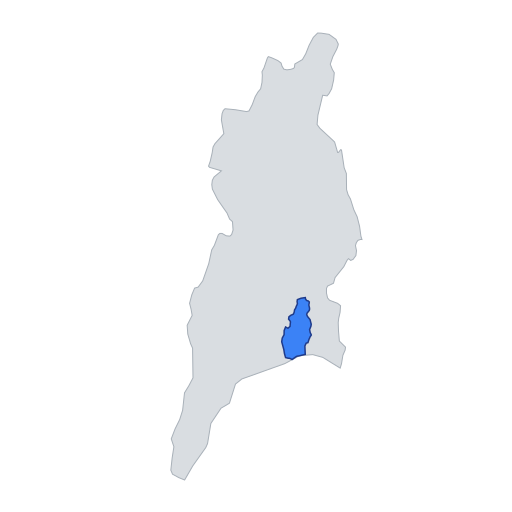 location of Guria within Georgia, rotated 264°
{"feature_id": "GEO-3028", "entity_name": "Guria", "entity_type": "Region", "adm_level": 1, "iso_a3": "GEO", "parent_name": "Georgia", "parent_adm1": "", "projection": "orthographic", "projection_center": [42.215, 41.976], "detail": "fine", "context": "in_parent", "style": "filled", "palette": "blue", "viewbox_px": 512, "rotation_deg": 264, "n_neighbors": 0, "source": "natural_earth", "source_scale": "10m", "svg_char_len": 2981}
<svg xmlns="http://www.w3.org/2000/svg" viewBox="0 0 512 512"><g transform="rotate(264 256 256)"><path d="M261.3,363.1L261.5,361.5L260.9,359.0L258.8,357.2L256.0,356.0L250.8,356.5L246.0,355.4L242.5,352.2L241.7,349.7L243.7,347.7L242.2,346.1L236.2,342.2L226.3,332.4L220.8,330.2L218.6,324.0L216.4,322.7L211.7,322.2L206.8,322.8L205.8,323.5L204.3,324.5L200.4,332.2L197.7,334.9L191.1,333.7L185.6,331.8L181.2,330.8L172.5,330.2L162.7,330.0L156.0,335.5L153.1,334.8L148.1,332.0L140.0,329.8L135.7,328.0L148.2,311.8L152.0,302.1L152.1,296.3L152.3,288.9L146.0,273.5L140.7,251.8L135.2,229.1L130.8,222.2L112.4,214.2L108.3,205.3L94.2,193.6L74.5,188.2L70.7,186.0L53.9,171.2L40.7,161.6L43.7,156.0L47.7,150.2L51.9,148.9L63.9,151.5L74.9,154.4L83.0,152.6L92.6,157.5L101.3,163.0L110.2,166.9L127.4,170.6L133.9,175.6L141.4,180.6L171.0,183.3L173.4,182.5L175.6,181.8L185.5,180.0L194.3,180.3L203.6,186.3L209.6,185.9L215.9,185.0L224.1,188.1L230.5,191.6L231.1,195.2L236.8,200.4L253.3,208.2L266.7,212.6L270.9,215.7L281.1,220.8L282.2,222.4L282.0,224.6L279.2,228.5L278.5,232.1L279.9,234.0L284.2,235.9L292.6,236.2L295.5,233.6L301.7,231.7L307.8,228.3L316.0,223.8L327.1,219.6L331.6,219.5L335.9,220.5L339.0,222.6L344.3,230.5L349.0,219.1L350.3,218.2L355.0,220.4L363.2,223.2L368.9,224.7L372.0,226.9L381.0,236.8L395.0,235.8L401.0,237.1L404.2,238.7L405.7,240.6L403.6,250.9L400.6,261.7L401.0,264.2L406.8,268.0L414.6,271.9L418.9,275.1L421.8,278.1L428.0,280.1L435.2,281.2L438.6,281.2L442.2,283.6L451.7,288.0L453.0,289.1L451.5,292.3L448.1,298.1L445.3,301.1L442.1,301.7L438.9,303.2L437.9,306.2L438.0,310.1L438.6,312.9L439.5,313.9L442.9,314.7L446.5,322.7L451.9,326.6L460.1,330.9L467.5,335.9L471.3,340.6L470.8,344.2L468.8,351.8L463.1,358.2L458.2,360.0L456.5,359.5L453.1,357.8L446.3,353.3L439.0,349.9L433.6,351.4L430.1,353.0L422.9,351.6L414.4,348.7L409.9,345.6L407.8,343.4L408.9,339.1L389.6,332.3L380.4,330.5L376.3,332.9L362.7,344.8L361.1,346.1L350.4,348.0L350.4,348.9L352.9,351.3L352.5,352.1L334.5,352.9L328.6,354.5L312.5,353.0L307.3,354.0L302.8,355.9L291.9,358.1L284.4,360.7L274.7,362.1L264.8,362.4L261.3,363.1Z" fill="#d9dde1" stroke="#a8b0b8" stroke-width="1"/><path d="M198.6,303.8L197.0,303.6L196.2,303.2L193.7,300.7L192.3,300.3L190.5,300.9L187.1,303.1L183.6,303.6L182.4,303.8L180.5,303.3L179.3,302.7L177.3,301.6L174.1,301.9L172.5,302.5L172.4,302.6L171.6,302.7L169.6,301.1L168.9,300.8L167.6,300.0L164.4,298.6L164.1,296.8L163.1,296.2L161.4,295.2L153.0,294.7L153.0,294.4L152.2,288.9L152.1,286.9L151.9,285.7L149.3,281.1L150.4,279.3L150.7,278.9L151.0,277.2L151.9,274.8L155.9,274.1L160.0,273.9L168.0,272.6L171.6,273.5L174.8,275.7L178.9,276.2L182.3,278.0L180.8,280.2L182.4,282.5L185.6,283.1L186.8,283.4L187.8,283.1L189.8,281.8L192.1,282.4L193.4,284.4L194.2,287.0L196.1,288.1L198.4,288.7L200.0,290.0L201.8,290.8L203.0,291.6L204.3,292.2L206.4,292.1L208.3,292.6L209.3,296.3L209.5,300.7L207.8,300.8L206.4,301.8L205.8,303.3L204.7,304.2L203.3,303.9L201.8,303.4L198.6,303.8Z" fill="#3b82f6" stroke="#1e3a8a" stroke-width="1.5"/></g></svg>